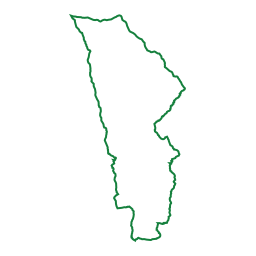 the district of Costesti, Vâlcea, Romania
{"feature_id": "2599482B34648499423542", "entity_name": "Costesti", "entity_type": "district", "adm_level": 2, "iso_a3": "ROU", "parent_name": "Romania", "parent_adm1": "Vâlcea", "projection": "mercator", "projection_center": [24.049, 45.22], "detail": "fine", "context": "isolated", "style": "outline", "palette": "green", "viewbox_px": 256, "rotation_deg": 0, "n_neighbors": 0, "source": "geoboundaries", "source_scale": "gbopen_adm2", "svg_char_len": 5863}
<svg xmlns="http://www.w3.org/2000/svg" viewBox="0 0 256 256"><path d="M156.4,238.8L156.6,238.4L157.0,238.4L159.4,237.2L160.1,236.4L160.3,235.6L160.2,234.4L159.7,233.4L158.9,233.1L158.9,232.3L157.6,231.0L157.0,229.7L156.6,229.7L156.7,228.1L157.2,227.4L157.4,226.8L157.4,226.3L157.9,224.5L157.9,223.8L158.2,223.3L158.0,223.1L159.6,223.1L162.4,224.0L163.4,223.8L163.2,223.4L163.4,223.0L164.0,222.8L164.9,223.0L165.5,222.8L165.7,223.0L167.0,222.8L167.3,221.5L168.4,219.9L168.5,218.9L168.8,218.2L168.6,216.8L169.8,216.0L170.4,215.1L169.4,212.6L169.9,210.4L169.8,209.7L169.3,209.0L169.6,208.1L170.0,207.8L170.0,206.5L170.2,204.4L171.1,203.3L171.1,202.8L170.6,201.6L170.1,201.0L169.7,199.1L169.9,197.9L170.5,197.2L170.8,196.3L170.7,194.8L171.2,193.5L171.0,193.1L171.1,192.2L170.9,191.8L171.4,191.3L171.5,190.4L172.2,189.4L173.3,188.6L173.9,187.8L174.2,185.7L174.9,184.9L175.3,183.6L173.9,182.1L173.7,181.7L174.6,180.3L175.2,179.9L175.1,179.1L174.4,177.2L174.9,176.2L174.8,175.5L174.1,174.2L172.3,172.6L171.6,172.2L171.4,171.4L170.2,170.7L170.1,169.9L170.2,168.9L169.9,168.5L170.0,167.0L169.7,165.7L170.5,164.5L170.2,164.1L170.6,163.9L169.8,163.2L170.9,163.2L171.1,163.5L171.6,162.7L171.3,161.2L172.3,161.3L172.4,161.0L171.8,160.4L172.1,160.1L172.0,159.2L175.3,158.1L175.7,157.2L176.1,156.8L178.2,155.8L178.7,155.7L179.4,154.2L178.9,153.4L178.5,151.8L178.2,151.2L177.2,150.3L175.4,149.7L174.0,149.5L173.8,148.7L173.2,148.4L172.9,147.9L172.6,146.6L171.5,145.7L170.4,145.2L168.9,141.2L168.6,139.8L168.0,139.0L167.9,138.4L167.0,136.7L165.9,137.2L165.3,137.3L165.0,138.1L164.1,138.9L163.2,139.2L162.3,139.1L161.1,138.6L159.6,137.0L159.1,136.4L158.9,135.5L157.9,134.9L157.7,134.1L157.1,133.0L156.5,132.5L155.7,132.1L155.0,131.4L155.1,131.0L154.7,130.0L154.9,129.5L155.2,129.2L155.3,127.7L154.4,123.9L156.1,122.3L156.5,121.6L157.0,121.6L157.7,121.1L158.7,120.8L158.7,120.5L159.1,120.6L159.8,120.2L160.1,119.6L160.8,119.1L161.7,117.8L161.9,116.7L162.1,116.5L162.7,116.1L163.2,116.3L165.3,113.8L166.2,113.4L166.8,112.7L167.0,111.9L167.9,111.3L169.3,110.8L169.8,110.4L170.4,109.6L170.2,108.8L170.7,108.2L170.8,106.0L171.2,105.6L172.1,105.5L172.3,105.0L172.6,104.8L172.6,104.4L173.4,103.9L173.3,103.5L173.6,102.9L173.9,102.6L173.5,102.3L174.3,101.5L174.1,100.6L175.4,99.6L176.0,98.7L176.5,98.5L177.6,97.8L178.3,97.6L178.6,97.0L179.1,96.7L179.0,96.3L179.2,95.9L179.7,95.6L179.7,95.1L180.2,94.8L179.9,94.0L180.2,94.0L180.2,93.5L180.6,93.2L180.4,92.9L180.8,92.5L180.9,92.0L181.9,91.0L183.6,90.3L183.9,89.8L184.5,89.5L184.9,88.7L184.7,88.0L184.0,87.4L181.9,84.5L181.0,82.2L180.2,81.3L179.0,79.1L178.4,78.5L177.7,77.0L176.8,76.4L175.7,76.6L173.7,76.2L173.4,75.9L173.4,75.1L173.0,74.6L172.4,72.9L172.0,72.2L171.5,71.8L169.6,71.0L166.4,68.1L164.9,67.1L164.8,66.6L165.0,65.6L164.7,63.9L165.0,63.2L164.7,62.3L163.3,59.3L162.5,59.1L161.7,58.4L161.5,57.7L161.3,56.2L160.5,55.3L159.4,53.6L157.9,53.5L156.1,52.5L155.6,52.0L154.4,51.5L151.8,52.2L150.8,52.1L150.3,51.6L147.2,50.3L146.8,49.3L146.0,48.2L145.1,46.5L144.7,44.9L144.6,43.7L144.7,43.1L144.5,42.7L143.3,41.6L141.7,39.3L139.5,38.5L137.7,37.3L136.5,36.3L135.2,34.6L133.3,33.1L130.1,31.6L129.2,30.5L127.1,25.8L126.6,23.8L125.9,22.3L125.2,21.6L124.4,21.3L122.4,19.9L121.5,16.7L120.9,15.9L119.6,15.4L119.1,15.4L117.1,16.1L116.3,16.8L114.5,17.5L111.2,19.4L108.4,19.8L106.8,20.2L104.8,19.7L103.6,19.9L102.3,20.4L101.0,21.3L100.4,21.5L99.3,21.1L98.1,20.1L96.8,19.8L95.2,20.1L93.4,19.9L87.8,17.5L84.8,17.8L82.2,17.7L81.0,17.2L76.9,17.0L75.8,16.6L73.2,16.4L71.1,15.7L72.5,18.3L74.9,20.2L74.9,21.5L76.3,26.9L78.8,29.4L79.7,31.4L82.0,33.3L82.2,33.2L82.7,35.0L83.8,37.7L83.8,39.3L84.2,40.1L84.4,40.9L85.3,41.7L85.4,43.4L86.3,44.7L86.3,45.8L87.1,47.0L87.4,48.5L88.2,49.8L89.9,50.4L90.4,51.2L89.5,53.0L89.2,53.9L88.7,57.2L87.7,59.9L87.8,60.9L88.2,62.3L88.5,62.9L89.6,63.9L90.0,64.9L90.4,67.9L90.5,69.0L90.3,69.9L90.5,70.3L90.5,71.2L90.5,71.7L90.1,72.4L90.1,75.0L90.2,75.7L90.8,77.1L91.6,78.2L91.7,80.6L91.4,81.1L91.5,81.5L92.5,82.6L93.7,83.8L93.7,86.1L94.2,87.4L95.0,89.0L95.6,92.7L95.3,94.7L95.4,95.5L97.1,99.3L98.5,101.6L98.7,103.6L98.7,105.3L99.1,106.1L99.1,106.8L100.4,107.8L100.6,108.5L100.8,110.4L100.8,111.6L100.3,113.0L100.1,115.3L100.6,116.8L101.3,117.8L101.3,120.6L103.2,123.6L103.6,124.9L103.7,126.1L104.2,127.5L105.7,127.9L106.3,128.9L106.3,130.4L106.8,131.2L106.9,132.0L106.4,132.9L106.6,133.8L106.2,135.1L106.0,137.2L105.0,139.3L104.8,140.4L107.7,147.3L107.6,148.3L107.7,149.0L108.0,149.5L107.9,150.4L108.1,150.9L108.1,153.1L108.3,153.6L108.6,153.9L109.5,153.8L110.0,154.6L111.0,155.4L113.2,156.3L114.4,157.7L115.3,158.1L115.7,157.7L115.9,157.9L115.9,158.2L115.2,159.0L115.3,159.6L114.7,160.4L114.3,160.6L114.0,160.2L113.5,160.1L113.9,160.6L113.5,161.2L113.8,161.5L113.8,162.1L114.2,163.5L112.3,164.7L111.6,165.6L112.2,166.7L112.3,167.8L113.1,167.9L113.5,168.6L113.6,169.2L113.1,170.6L113.2,171.1L113.8,171.9L114.1,172.9L115.1,173.6L115.4,174.0L115.6,176.0L114.8,177.6L114.5,179.8L114.8,180.7L115.5,181.9L116.1,183.4L116.3,187.7L116.0,189.2L116.2,190.7L116.7,191.4L116.6,192.2L118.1,194.2L117.0,194.9L116.4,195.1L115.9,195.6L114.4,197.2L114.1,198.1L115.0,199.8L115.8,200.9L116.0,204.0L116.5,206.1L117.5,208.3L121.9,207.8L124.3,207.2L126.0,207.4L126.6,207.0L127.1,207.1L128.0,206.6L128.9,206.9L129.4,206.6L131.9,208.7L132.4,209.2L132.5,210.1L133.7,211.3L133.5,213.0L133.8,214.3L133.5,216.6L132.9,219.0L132.3,219.8L132.0,221.0L131.5,221.9L131.4,222.5L131.5,223.2L131.3,224.0L131.4,224.4L131.1,225.6L132.2,227.4L132.2,228.8L132.5,229.4L132.6,230.4L132.5,231.4L132.2,231.9L132.2,233.0L131.8,234.0L131.7,236.3L131.4,236.3L131.4,237.1L131.6,237.7L132.1,237.7L132.4,238.7L132.9,239.2L133.4,239.3L133.7,239.8L134.6,240.1L135.2,240.6L135.8,239.4L137.1,239.0L137.8,238.1L138.5,237.8L139.5,238.4L141.5,238.9L142.0,239.2L144.3,239.1L146.5,239.6L150.5,240.0L151.2,239.9L152.3,239.2L156.4,238.8Z" fill="none" stroke="#15803d" stroke-width="2"/></svg>